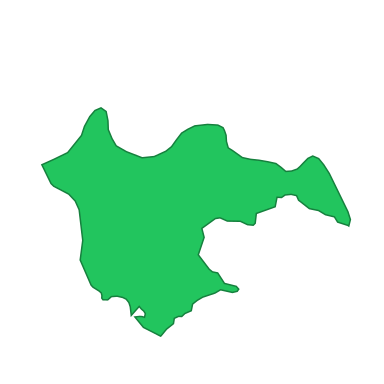 the Unitary District of Moray, rotated 244°
{"feature_id": "GBR-2014", "entity_name": "Moray", "entity_type": "Unitary District", "adm_level": 1, "iso_a3": "GBR", "parent_name": "United Kingdom", "parent_adm1": "", "projection": "mercator", "projection_center": [-3.358, 57.403], "detail": "fine", "context": "isolated", "style": "filled", "palette": "green", "viewbox_px": 384, "rotation_deg": 244, "n_neighbors": 0, "source": "natural_earth", "source_scale": "10m", "svg_char_len": 1672}
<svg xmlns="http://www.w3.org/2000/svg" viewBox="0 0 384 384"><g transform="rotate(244 192 192)"><path d="M76.2,100.6L91.6,89.0L104.7,85.9L103.1,90.4L102.0,92.4L100.2,94.4L103.1,96.7L106.0,96.5L109.0,95.2L112.3,94.4L107.7,83.3L115.9,86.2L120.3,86.8L124.5,85.9L127.6,83.5L131.2,79.0L133.3,73.7L132.0,69.0L134.2,64.7L136.2,64.4L138.3,65.6L141.1,66.2L143.9,65.0L149.8,61.3L152.5,60.5L179.9,61.7L196.4,72.6L225.5,82.8L235.1,83.1L244.1,80.3L257.7,70.3L261.4,69.0L282.3,69.0L282.2,72.3L281.9,82.4L281.9,97.5L291.3,117.5L298.1,124.1L304.6,133.2L307.8,140.5L307.5,147.1L302.0,150.1L292.9,147.7L284.8,144.1L275.1,143.5L266.7,144.1L257.0,150.7L244.6,162.2L240.4,173.6L240.1,186.3L241.7,193.5L245.6,200.7L249.5,208.5L250.2,215.7L250.2,223.5L245.9,235.6L240.8,244.6L236.2,248.1L233.0,248.1L228.1,247.5L222.3,245.1L215.8,243.9L210.9,246.9L200.9,252.3L195.7,258.9L191.2,266.1L186.0,273.3L180.8,279.9L175.0,282.9L169.4,285.3L167.2,290.6L166.5,296.6L167.5,300.2L169.1,304.4L171.4,310.9L171.4,316.3L166.5,320.5L158.8,322.3L148.4,323.5L137.0,323.5L120.8,323.5L105.9,323.5L97.8,322.3L92.7,318.0L93.6,317.5L101.1,309.7L107.2,309.1L113.1,302.0L119.9,297.6L125.6,290.2L137.9,284.2L142.9,284.4L146.4,280.1L148.5,274.4L147.8,270.1L150.0,266.1L142.3,260.3L144.5,240.4L136.2,235.1L135.3,232.5L138.3,227.6L144.5,222.6L150.4,211.0L156.5,205.9L157.9,201.3L155.0,184.9L145.9,183.0L132.8,170.1L115.1,173.6L111.3,175.3L108.0,179.6L95.6,181.1L87.8,190.4L84.2,191.4L82.9,189.1L84.0,184.3L91.6,174.8L91.1,168.5L92.8,155.5L92.3,149.2L91.0,143.4L85.6,139.3L85.9,132.3L84.6,128.2L86.1,125.4L86.2,120.7L81.8,117.6L79.9,109.0L76.3,101.1L76.2,100.6Z" fill="#22c55e" stroke="#15803d" stroke-width="1.5"/></g></svg>